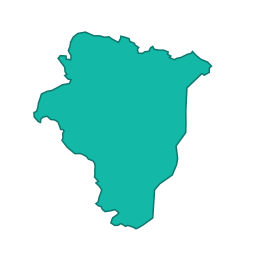 outline of Agros, Nicosia, Cyprus, rotated 82°
{"feature_id": "46923920B12968995104077", "entity_name": "Agros", "entity_type": "district", "adm_level": 2, "iso_a3": "CYP", "parent_name": "Cyprus", "parent_adm1": "Nicosia", "projection": "robinson", "projection_center": [33.017, 34.919], "detail": "fine", "context": "isolated", "style": "filled", "palette": "teal", "viewbox_px": 256, "rotation_deg": 82, "n_neighbors": 0, "source": "geoboundaries", "source_scale": "gbopen_adm2", "svg_char_len": 1833}
<svg xmlns="http://www.w3.org/2000/svg" viewBox="0 0 256 256"><g transform="rotate(82 128 128)"><path d="M127.9,69.5L119.2,68.4L96.5,64.1L84.4,47.3L86.3,45.0L84.2,39.8L80.0,39.1L78.3,36.7L76.1,38.4L73.8,40.0L70.0,46.4L65.3,50.7L61.2,53.5L62.8,54.9L63.3,59.0L64.2,61.7L65.5,65.6L65.8,69.9L66.8,72.7L63.9,77.2L62.7,75.6L60.6,78.5L58.3,77.6L55.9,81.8L55.1,86.9L53.7,91.0L50.7,92.2L51.6,94.3L54.9,96.7L54.9,100.8L56.1,103.2L55.4,107.4L51.5,107.8L49.7,106.2L47.0,109.4L45.0,109.9L42.5,114.2L39.7,114.4L37.9,118.0L36.1,122.3L38.5,123.0L41.9,125.6L40.1,128.1L37.5,131.6L35.0,134.2L34.8,139.0L32.9,142.9L31.9,149.0L27.1,156.8L27.4,164.5L30.4,169.6L34.9,172.8L39.5,174.3L43.1,176.3L48.5,174.3L52.5,175.1L51.2,179.6L48.1,179.3L46.9,184.9L48.9,187.1L49.3,187.5L55.2,184.3L59.1,182.2L63.5,182.5L66.3,181.1L67.2,183.4L71.2,180.6L72.3,177.6L75.8,179.9L76.1,186.9L78.7,193.8L80.2,198.0L80.5,203.3L82.3,209.0L86.1,210.8L91.2,213.3L95.1,214.4L98.9,216.3L99.6,219.0L100.2,219.1L104.0,219.3L109.1,216.0L110.3,213.9L107.3,213.2L105.6,211.1L105.0,206.4L108.8,203.4L109.8,199.5L112.4,196.4L119.2,195.0L120.0,195.0L120.4,192.9L122.1,191.7L124.4,193.5L128.6,193.7L131.0,195.1L134.1,193.4L138.6,190.9L142.7,187.2L146.0,184.2L146.7,178.6L148.8,175.2L150.7,172.9L153.4,171.5L155.4,167.5L158.0,166.1L161.0,165.8L165.5,166.8L168.6,167.1L171.9,168.0L176.7,164.8L177.9,167.4L182.2,164.2L185.7,162.6L190.5,165.1L193.7,166.7L195.6,167.3L196.9,167.7L198.5,170.3L200.9,168.1L202.2,165.5L205.1,164.7L207.6,162.3L207.6,157.9L207.1,152.1L210.7,148.9L212.3,150.7L214.9,155.8L219.6,158.2L222.7,154.6L222.9,151.3L221.6,148.3L225.1,144.1L224.4,141.7L227.2,136.2L228.9,134.2L228.3,131.8L225.7,125.8L220.5,116.0L193.0,110.3L187.7,104.4L180.7,90.7L171.1,85.0L165.0,83.1L152.5,82.9L140.6,71.5L131.8,70.0L127.9,69.5Z" fill="#14b8a6" stroke="#0f766e" stroke-width="1.5"/></g></svg>